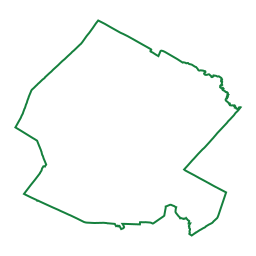 outline of Sarbeni, Teleorman, Romania
{"feature_id": "2599482B36537756956873", "entity_name": "Sarbeni", "entity_type": "district", "adm_level": 2, "iso_a3": "ROU", "parent_name": "Romania", "parent_adm1": "Teleorman", "projection": "equal_earth", "projection_center": [25.419, 44.486], "detail": "fine", "context": "isolated", "style": "outline", "palette": "green", "viewbox_px": 256, "rotation_deg": 0, "n_neighbors": 0, "source": "geoboundaries", "source_scale": "gbopen_adm2", "svg_char_len": 5545}
<svg xmlns="http://www.w3.org/2000/svg" viewBox="0 0 256 256"><path d="M226.1,192.4L221.7,190.1L214.4,186.3L203.7,180.4L199.0,177.9L194.0,175.1L188.5,172.2L185.2,170.4L184.1,169.5L187.3,166.0L192.6,160.0L193.8,158.8L198.1,154.0L202.6,149.3L203.7,148.4L205.0,147.1L209.8,141.8L211.9,139.4L213.3,137.9L214.1,136.9L215.5,135.3L217.3,133.1L220.9,129.3L227.0,122.8L228.1,121.3L230.6,118.8L231.2,118.1L233.1,116.1L234.0,115.1L235.5,113.0L237.7,110.9L238.9,109.5L240.6,107.3L240.3,107.2L239.0,107.4L238.7,107.8L238.8,108.3L238.7,108.5L238.3,108.8L237.4,108.9L236.8,108.8L236.2,108.5L236.1,108.3L236.0,107.7L235.9,107.6L235.3,107.6L235.0,107.6L235.2,106.9L235.2,106.7L234.5,106.7L234.3,106.3L234.4,106.1L234.7,105.5L234.6,105.4L234.3,105.3L234.1,105.4L233.9,105.9L233.7,105.9L233.2,105.4L232.8,105.3L231.7,105.5L231.3,105.4L230.4,105.3L229.9,105.2L229.7,104.8L229.9,103.9L229.8,103.6L229.7,103.4L228.8,103.5L228.6,102.9L228.0,102.3L226.1,100.8L225.6,99.9L225.7,99.3L226.0,98.8L226.3,98.6L227.0,98.5L227.1,98.4L227.1,98.2L226.8,98.1L226.6,97.7L226.7,97.4L227.0,97.3L227.4,97.2L227.7,97.1L227.8,96.9L227.2,96.5L227.0,96.3L227.1,96.1L227.7,96.1L227.8,95.9L227.4,95.2L227.5,94.9L227.8,95.0L228.1,95.0L228.3,94.8L228.4,94.7L227.4,94.0L227.4,93.9L227.9,93.4L227.9,93.1L227.1,92.3L226.9,92.1L226.5,92.0L226.0,92.1L225.6,92.0L225.3,91.7L225.0,91.2L222.8,90.1L222.6,89.9L222.5,89.7L223.4,89.1L223.6,88.7L223.4,88.5L223.1,88.1L222.9,87.9L222.3,88.2L222.0,88.3L221.6,88.2L220.9,87.9L220.3,87.4L220.1,87.2L220.2,86.6L220.2,85.8L220.3,85.7L220.6,85.7L221.0,85.7L221.3,85.7L221.6,85.6L221.8,85.4L221.2,85.2L221.1,84.9L221.4,84.6L221.7,84.4L222.0,84.2L221.9,83.7L221.8,83.3L221.8,82.8L221.9,82.5L222.1,82.3L222.2,81.8L222.1,81.6L221.9,81.5L221.1,81.3L221.0,81.0L221.2,80.5L222.1,79.8L222.1,79.6L221.6,79.4L221.3,79.3L221.3,79.1L221.6,78.4L221.1,77.8L220.0,77.1L219.0,76.4L218.8,76.3L218.5,76.3L218.0,76.5L217.3,76.5L217.1,76.4L216.5,76.0L215.9,75.8L213.4,75.4L213.3,75.5L213.4,76.3L212.6,76.9L212.1,77.1L211.8,77.1L211.5,77.0L211.3,76.8L211.2,76.2L211.0,75.9L210.0,75.2L209.4,74.5L209.0,74.3L208.6,74.3L207.4,74.7L206.3,74.9L205.2,74.8L204.9,74.6L204.6,74.4L204.3,74.1L204.1,73.7L204.1,73.4L204.3,73.1L205.0,72.7L205.4,72.2L205.4,71.6L205.3,71.3L205.0,71.1L204.0,71.0L203.7,70.8L203.0,70.6L202.7,70.5L202.2,70.6L200.9,70.3L200.3,70.4L199.7,70.6L198.7,70.4L198.1,69.8L197.8,69.1L196.4,67.4L196.0,67.0L195.2,66.8L193.4,65.7L192.1,64.8L190.7,64.3L189.8,64.2L189.2,64.0L188.8,63.8L188.0,63.0L187.8,63.0L186.9,63.2L186.4,63.3L186.0,63.2L185.7,62.9L184.9,62.6L183.8,62.4L183.4,62.3L183.1,62.4L182.7,62.6L177.3,59.1L166.1,52.6L164.7,51.8L162.9,51.0L161.6,50.7L161.1,50.7L160.8,50.9L160.5,51.1L158.4,56.1L156.3,54.9L155.2,54.2L152.6,52.5L150.7,51.6L150.5,51.4L150.4,51.2L150.5,50.8L151.2,50.0L151.3,49.8L151.2,49.5L151.0,49.3L127.9,36.3L123.1,33.9L121.7,33.3L120.4,32.7L109.9,26.8L104.9,23.9L98.2,20.5L95.9,23.4L92.7,28.1L91.8,29.3L90.3,31.4L88.9,33.3L88.1,34.2L86.5,36.2L82.2,42.3L80.7,44.1L80.1,44.5L74.0,50.4L72.2,51.9L71.0,53.2L67.6,56.3L64.6,59.2L62.4,61.0L60.2,63.1L58.2,65.1L53.0,69.8L51.4,71.5L49.4,73.2L44.9,77.4L44.8,77.7L44.4,78.2L42.5,79.6L39.3,82.7L38.1,83.7L37.0,84.9L36.2,85.6L33.9,87.9L31.9,89.7L31.3,90.6L30.8,91.9L28.7,96.9L28.6,97.5L27.4,100.6L26.8,102.8L25.9,104.8L25.7,105.6L24.9,108.1L24.5,108.7L24.0,110.1L23.3,112.0L22.8,113.6L22.6,113.9L22.5,114.2L21.7,115.6L20.7,118.0L19.1,120.8L18.2,122.4L16.2,126.0L15.4,127.4L21.2,130.9L33.5,138.5L34.1,138.8L37.1,140.7L38.2,143.5L38.8,145.0L39.3,146.3L39.7,147.1L39.9,147.7L40.9,150.1L41.1,150.9L41.5,151.8L41.9,153.7L42.1,154.4L42.3,155.1L42.7,155.6L43.2,157.0L43.5,158.1L44.1,159.6L44.6,160.7L46.2,164.6L45.0,166.2L44.9,166.5L44.4,166.3L43.4,166.3L42.9,167.2L42.1,168.4L42.0,168.7L41.5,170.6L40.4,172.3L40.0,172.9L40.0,173.2L34.8,180.0L30.7,185.1L26.2,191.0L24.0,193.9L25.1,194.5L31.2,197.5L36.4,199.9L37.1,200.3L37.3,200.8L38.0,200.6L39.6,201.4L52.7,207.4L58.2,209.8L60.9,211.1L64.5,212.7L68.8,214.7L70.3,215.3L77.0,218.5L84.0,222.0L85.4,222.4L86.5,222.6L94.3,223.0L103.7,222.8L106.9,223.1L107.5,223.3L108.2,223.3L114.8,223.9L116.1,226.2L117.5,225.7L117.8,226.2L118.6,225.9L118.8,226.3L119.5,226.0L121.2,229.1L123.4,228.2L123.5,228.1L123.8,227.6L124.1,227.1L123.8,226.3L123.4,225.3L122.5,223.9L125.2,223.9L139.9,224.4L140.0,222.9L140.0,222.3L141.0,222.2L143.9,222.3L145.5,222.2L149.7,222.5L150.9,222.7L152.6,223.5L153.0,223.5L153.7,223.1L159.9,218.8L163.4,216.4L163.9,216.0L164.3,215.6L164.3,215.4L165.3,209.8L165.6,208.4L165.7,207.5L165.7,206.5L166.4,206.3L170.0,204.8L170.4,204.8L170.9,204.8L171.2,204.9L172.6,205.5L174.4,206.2L174.9,206.6L175.4,207.0L176.2,207.2L175.8,208.7L175.7,209.3L175.5,211.4L175.5,211.8L175.6,212.1L175.7,212.5L176.2,213.2L178.5,216.1L179.3,216.9L179.7,217.2L179.7,217.3L180.1,218.3L180.4,218.3L180.8,218.1L181.3,218.1L183.1,218.8L183.9,219.0L184.0,218.9L184.2,218.5L184.7,218.5L185.6,218.5L185.8,218.4L186.1,218.0L187.9,220.2L188.7,220.6L189.2,221.0L189.2,221.4L188.7,222.8L188.6,223.4L190.2,223.4L189.8,224.1L189.5,224.8L189.0,225.6L188.9,225.9L188.9,226.5L189.4,227.0L189.2,227.5L189.3,228.3L189.9,228.8L190.0,229.0L190.0,229.4L190.0,229.8L189.5,231.0L189.5,231.5L189.8,232.3L189.8,232.5L189.7,232.8L189.5,233.1L189.4,233.4L189.3,233.9L189.7,234.2L189.8,234.1L190.5,234.7L191.7,235.5L192.0,235.3L192.7,234.8L194.9,233.2L194.9,233.3L199.8,230.1L200.8,229.6L203.5,228.0L204.5,227.6L205.4,227.0L205.7,226.5L209.0,224.5L210.5,223.8L211.8,223.1L212.4,222.7L213.0,222.1L213.3,221.6L217.1,218.1L217.5,217.5L218.4,215.3L226.1,192.4Z" fill="none" stroke="#15803d" stroke-width="2"/></svg>